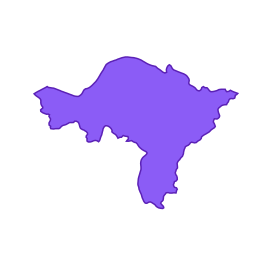 Alfenas, Minas Gerais, Brazil, rotated 283°
{"feature_id": "56859067B80403864608636", "entity_name": "Alfenas", "entity_type": "district", "adm_level": 2, "iso_a3": "BRA", "parent_name": "Brazil", "parent_adm1": "Minas Gerais", "projection": "robinson", "projection_center": [-45.986, -21.364], "detail": "fine", "context": "isolated", "style": "filled", "palette": "violet", "viewbox_px": 256, "rotation_deg": 283, "n_neighbors": 0, "source": "geoboundaries", "source_scale": "gbopen_adm2", "svg_char_len": 5015}
<svg xmlns="http://www.w3.org/2000/svg" viewBox="0 0 256 256"><g transform="rotate(283 128 128)"><path d="M150.2,39.9L149.1,38.8L148.0,37.5L146.9,36.2L145.7,34.8L144.6,33.6L143.7,32.4L142.7,31.3L141.6,30.1L140.2,28.8L139.0,30.6L138.3,32.2L137.6,34.0L136.9,35.5L136.0,36.5L134.8,37.0L132.9,37.4L131.5,38.0L130.2,39.0L129.3,40.2L128.1,40.4L127.1,39.5L126.0,38.8L124.6,39.3L123.7,41.4L123.3,43.8L123.1,45.6L123.6,47.1L123.3,48.5L121.7,48.3L120.6,49.3L119.4,50.5L117.7,50.6L116.4,50.2L115.1,49.9L113.1,50.5L112.3,52.2L111.1,52.2L110.0,52.9L110.1,54.3L110.3,55.7L111.0,57.4L111.4,58.9L111.8,60.8L112.9,61.9L114.5,62.7L115.8,63.9L116.6,65.4L117.4,66.8L118.2,67.7L119.1,68.7L120.0,69.6L120.4,70.8L120.7,72.3L121.2,73.8L122.6,74.4L123.0,76.0L122.6,77.8L121.6,79.0L119.9,80.0L118.3,80.8L116.9,81.9L116.2,84.0L116.1,85.4L115.6,86.6L115.1,88.2L114.1,89.6L112.6,90.0L111.3,89.2L109.7,89.2L108.5,90.6L107.0,90.7L105.8,91.3L105.5,92.7L106.0,94.6L107.0,96.3L107.9,97.4L108.6,99.1L108.6,100.9L108.0,102.4L109.2,103.1L110.8,103.3L112.6,103.4L114.0,103.6L115.3,103.9L117.0,103.9L118.7,103.9L120.0,104.0L121.1,103.9L122.4,104.1L123.9,104.6L125.1,105.5L125.4,106.9L125.3,108.2L124.9,109.6L124.3,110.7L123.5,111.8L122.1,113.0L120.6,113.2L119.6,115.1L118.9,117.3L117.9,118.6L116.9,119.6L115.8,120.5L117.1,122.1L117.5,123.7L118.5,124.3L119.6,125.0L119.4,126.7L119.5,128.4L119.7,129.8L118.3,130.6L117.0,130.7L115.9,129.9L114.8,129.5L115.3,131.7L115.9,132.9L116.5,134.4L115.8,136.2L115.5,137.5L115.5,139.1L114.5,140.7L113.3,141.8L112.0,143.3L111.1,144.8L110.2,146.6L109.5,148.8L109.1,150.6L108.4,151.9L107.3,152.2L106.2,151.7L104.9,150.8L103.5,149.7L102.4,149.0L101.1,148.5L99.7,148.1L98.1,148.1L96.4,148.3L94.8,148.8L93.4,149.3L91.9,149.7L90.4,150.0L89.2,149.9L87.6,149.8L85.5,149.7L83.9,149.6L82.4,149.5L80.9,149.5L79.3,149.7L78.0,149.9L76.4,150.1L74.8,150.5L73.5,151.3L72.3,152.0L70.9,152.5L69.6,153.4L68.3,154.3L67.2,155.2L66.1,156.0L65.0,156.6L63.7,157.3L62.6,158.0L61.5,158.9L60.3,159.7L59.5,160.6L58.7,161.7L58.9,163.3L60.3,164.8L61.0,166.3L60.7,167.9L60.1,169.5L59.6,170.9L59.0,172.0L58.1,173.0L57.5,174.3L57.1,175.8L57.1,178.0L57.4,180.0L58.3,180.8L59.6,180.1L60.6,178.6L61.9,176.8L63.4,177.0L64.5,177.9L65.5,178.4L67.4,178.3L69.2,178.0L70.7,178.5L72.2,179.3L73.5,179.8L74.1,181.7L74.0,183.4L74.5,185.5L75.2,187.3L75.5,189.4L76.8,189.4L78.2,189.4L79.4,189.8L80.6,188.7L80.7,186.6L81.8,185.6L83.0,185.0L84.8,185.3L86.2,185.3L87.2,186.8L88.9,187.6L90.7,187.1L92.2,186.3L93.0,185.4L94.1,184.6L95.1,184.1L96.6,184.3L98.4,184.4L100.2,185.2L101.7,184.8L102.9,184.4L104.6,183.8L106.3,184.1L107.7,184.7L108.8,185.5L110.1,185.9L111.5,186.6L112.6,187.4L114.0,187.6L115.3,187.8L116.8,187.6L118.1,187.6L119.7,187.6L121.0,187.9L122.6,188.1L123.7,189.1L124.7,190.5L126.2,191.6L127.6,192.1L128.4,193.0L128.5,194.4L128.5,196.2L129.2,197.8L130.7,198.8L131.6,199.7L132.8,201.0L134.3,201.7L136.0,201.7L137.2,202.6L138.7,204.0L139.8,205.3L141.0,206.5L142.2,207.8L143.2,208.5L144.8,209.4L146.6,211.0L147.8,212.2L149.2,212.7L150.6,211.8L151.8,211.0L153.0,209.8L154.5,209.7L156.4,210.1L156.8,212.7L157.7,213.7L159.0,214.5L160.4,214.6L161.6,213.9L163.2,212.8L164.8,212.0L166.4,211.4L168.1,212.0L169.4,213.1L170.9,214.2L171.8,215.6L172.5,217.2L172.9,218.8L174.5,219.1L176.1,219.9L177.8,220.0L179.0,220.5L179.9,221.7L180.1,223.7L181.1,225.2L182.4,225.3L184.0,225.2L185.0,226.4L186.4,227.2L186.7,224.9L187.0,222.6L187.4,220.7L187.8,219.3L186.4,218.0L185.6,216.0L186.5,214.8L187.6,214.0L187.2,212.3L186.7,210.1L185.9,208.0L184.5,206.3L183.5,204.5L182.6,202.6L182.0,200.6L182.6,199.0L183.4,198.1L184.2,197.1L185.0,195.9L184.6,193.9L185.3,192.1L184.0,190.8L182.5,190.7L181.2,190.2L180.1,188.9L180.2,187.4L180.7,186.2L182.0,184.7L182.8,183.0L183.3,181.4L183.6,179.9L184.1,178.2L185.1,177.2L186.2,177.0L187.9,177.0L189.4,176.4L190.6,175.2L191.6,174.1L192.3,173.1L192.8,171.8L193.3,170.1L193.6,167.6L193.9,165.6L194.1,164.0L194.4,162.5L194.6,161.2L194.9,159.5L195.8,157.9L197.1,156.8L198.4,155.6L198.9,154.0L197.5,152.9L195.9,152.4L193.8,152.2L192.3,152.6L190.9,153.1L189.9,151.6L190.3,149.3L191.1,147.7L191.7,146.5L192.2,145.2L192.6,143.9L193.4,142.4L194.2,141.1L194.2,139.5L194.2,137.1L194.5,134.7L194.8,133.1L195.2,131.5L195.8,129.7L196.4,127.7L197.2,125.3L197.5,123.4L197.7,122.1L197.8,120.6L197.8,117.7L197.5,115.7L197.3,113.8L197.1,111.7L196.6,109.5L195.9,108.0L195.2,106.5L194.3,105.0L193.5,103.8L192.8,102.6L191.6,101.1L190.8,99.6L190.1,98.6L189.4,97.5L188.7,96.3L187.8,95.2L186.6,93.9L185.0,92.5L183.1,91.9L181.6,91.5L180.2,91.1L178.8,90.8L177.1,90.1L175.4,89.5L174.3,89.1L172.8,88.7L171.3,88.2L170.0,87.8L168.8,87.4L167.5,86.8L166.0,86.2L164.6,85.3L163.1,84.4L161.3,83.3L159.7,82.1L158.4,80.9L157.3,79.4L156.6,77.8L155.4,76.7L154.0,76.2L152.4,75.8L151.1,75.4L149.7,74.6L148.4,73.5L147.6,72.5L147.3,71.0L147.1,69.0L147.2,67.6L147.5,65.7L147.7,63.9L148.0,61.9L148.2,60.4L148.4,58.4L148.7,56.4L148.8,55.0L149.1,53.7L149.4,51.6L149.8,48.9L150.1,46.7L149.9,44.9L149.8,43.2L149.6,41.4L150.2,39.9Z" fill="#8b5cf6" stroke="#5b21b6" stroke-width="1.5"/></g></svg>